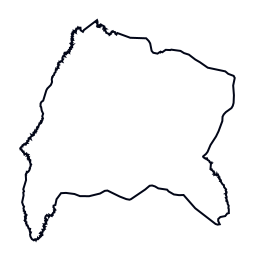 Pla Pak, Nakhon Phanom, Thailand, rotated 178°
{"feature_id": "78962969B9845696572141", "entity_name": "Pla Pak", "entity_type": "district", "adm_level": 2, "iso_a3": "THA", "parent_name": "Thailand", "parent_adm1": "Nakhon Phanom", "projection": "robinson", "projection_center": [104.578, 17.203], "detail": "fine", "context": "isolated", "style": "outline", "palette": "ink", "viewbox_px": 256, "rotation_deg": 178, "n_neighbors": 0, "source": "geoboundaries", "source_scale": "gbopen_adm2", "svg_char_len": 5814}
<svg xmlns="http://www.w3.org/2000/svg" viewBox="0 0 256 256"><g transform="rotate(178 128 128)"><path d="M32.1,63.2L34.0,65.5L34.2,67.6L35.3,68.2L37.0,71.0L37.0,71.9L37.7,71.9L37.3,72.8L38.0,73.3L38.1,74.3L38.7,74.4L38.5,75.6L39.2,75.7L38.9,76.2L39.7,78.2L40.5,77.7L40.8,78.7L41.1,77.8L42.7,78.4L43.3,78.2L43.1,79.4L43.6,79.4L43.2,79.8L43.8,81.5L44.3,81.4L45.3,82.9L46.1,83.2L46.0,83.9L47.0,84.1L46.4,89.2L45.7,89.8L46.2,89.9L45.9,90.6L47.5,90.9L48.0,92.3L49.8,93.5L50.0,94.7L51.0,94.4L51.3,95.1L52.2,95.0L53.7,96.2L53.9,97.0L50.9,99.4L49.3,101.4L46.1,108.2L40.3,116.5L37.6,121.6L33.5,131.6L33.1,136.0L31.8,138.3L29.6,140.5L23.9,144.3L22.5,146.5L21.6,149.4L21.0,157.0L21.4,166.8L19.6,174.3L20.6,176.4L25.9,178.6L28.8,181.2L46.2,185.5L53.8,191.2L58.4,194.1L64.6,199.2L69.4,200.9L72.8,203.2L82.1,204.8L82.9,204.4L87.6,204.8L91.1,202.5L92.7,203.1L93.1,202.4L93.7,202.7L95.9,201.3L100.1,202.3L101.7,204.3L102.9,211.8L104.2,214.2L106.7,217.0L122.6,218.1L135.4,223.3L136.3,221.8L137.4,222.7L137.7,224.3L139.6,224.7L139.8,225.3L140.9,224.9L140.7,224.2L142.6,223.0L142.1,222.5L143.0,221.9L143.0,222.5L144.0,222.4L144.4,223.0L146.4,223.9L146.4,224.5L147.2,225.6L147.2,226.7L148.4,226.5L148.3,227.4L147.6,227.6L147.8,228.2L147.1,228.2L147.7,228.6L148.0,229.8L148.8,229.2L148.5,230.2L149.1,230.9L150.6,231.7L151.7,231.6L151.4,232.3L151.7,232.5L152.6,231.9L152.2,231.0L153.6,231.3L153.1,229.9L155.0,230.2L155.4,230.9L154.4,232.0L155.2,233.2L154.8,234.0L155.9,234.6L154.8,235.7L155.2,236.9L168.7,227.4L169.7,225.7L171.9,227.3L172.0,229.9L173.3,230.0L173.8,229.0L174.4,229.1L174.2,229.5L174.6,230.2L175.7,228.6L176.1,228.8L176.5,227.0L176.8,227.5L177.1,226.7L178.4,227.0L177.6,225.5L179.1,226.3L179.2,225.7L179.4,226.0L180.2,225.5L180.0,224.5L180.6,224.1L180.0,223.6L180.5,223.2L180.0,222.8L180.6,222.0L180.1,221.4L181.0,221.1L180.6,220.3L181.0,219.9L180.3,219.3L180.9,219.0L180.3,218.5L181.1,218.0L180.6,217.7L181.1,217.6L181.2,216.6L180.6,215.5L182.5,214.5L181.8,213.5L181.2,213.5L181.3,212.7L180.5,212.9L181.1,212.3L181.0,211.0L181.7,211.2L181.7,210.6L182.3,210.8L182.5,210.3L183.2,210.2L183.2,209.4L182.5,209.4L182.3,208.9L184.1,208.3L183.4,207.0L183.8,206.2L184.6,206.4L184.4,205.5L185.6,206.3L186.0,204.9L186.8,204.9L186.7,205.7L187.3,205.6L187.4,204.3L188.8,205.2L189.1,204.4L188.4,203.9L189.3,202.6L188.8,201.8L190.2,202.2L191.0,200.8L191.2,199.3L190.5,199.0L191.8,197.1L191.6,196.7L192.6,197.1L193.8,196.1L194.2,196.4L194.3,195.4L194.5,196.0L195.6,195.2L195.2,194.2L195.5,193.9L194.9,193.5L195.6,193.2L195.5,192.1L196.1,191.7L195.5,190.5L196.5,190.4L197.0,189.3L197.6,189.6L197.5,188.8L198.1,188.8L198.5,186.3L199.7,185.3L200.0,183.7L201.2,182.8L201.6,181.5L202.0,181.5L202.5,179.2L202.3,176.7L202.8,175.4L203.6,173.7L207.2,170.3L208.3,168.5L211.8,158.3L213.5,157.2L214.5,155.6L214.7,152.6L214.1,152.0L213.6,148.4L212.3,145.2L213.3,142.7L212.7,140.6L213.4,140.2L213.1,139.2L214.3,138.2L213.9,137.4L214.4,136.5L215.0,137.3L215.7,135.5L216.3,135.7L217.4,132.7L218.3,132.4L217.9,131.6L218.9,131.3L218.7,130.1L219.7,129.7L219.7,128.0L220.8,127.7L220.6,127.0L221.2,127.1L221.5,126.5L221.6,127.2L222.0,126.3L222.3,126.9L222.7,126.7L222.8,126.2L222.2,125.7L222.4,124.3L223.6,124.3L223.7,123.8L224.7,124.4L224.4,123.5L226.1,121.8L225.8,120.8L226.7,121.5L227.1,120.8L227.4,121.2L227.0,121.5L227.7,121.2L227.9,119.5L228.6,119.6L227.9,119.1L228.0,118.5L229.2,118.4L229.1,117.5L229.7,116.9L229.3,116.5L230.4,116.4L230.7,115.0L231.8,115.0L232.3,115.6L233.5,114.4L233.7,115.3L234.1,113.2L234.8,113.3L236.4,111.5L236.1,110.3L235.1,110.3L234.6,108.7L233.3,108.2L233.6,107.5L233.0,107.2L232.4,105.1L230.4,106.1L230.0,105.1L229.2,104.9L229.8,104.0L229.1,104.1L229.5,103.6L228.8,103.1L229.1,101.7L228.5,101.9L228.7,101.5L228.2,101.3L228.6,100.4L227.9,100.5L227.8,99.5L227.2,99.4L227.6,98.7L227.3,97.9L226.9,98.0L227.1,96.8L226.1,94.9L226.7,94.5L226.5,93.6L227.7,91.2L227.4,90.9L228.0,89.4L229.2,87.7L230.6,87.8L230.6,86.7L231.3,86.3L231.8,85.0L231.5,84.6L231.8,84.3L231.7,79.5L234.8,70.4L234.1,68.3L234.9,67.3L234.7,64.3L236.4,57.5L235.5,54.4L234.6,53.0L235.3,51.4L234.9,49.7L235.1,48.8L233.8,48.0L233.8,46.7L234.2,46.5L232.7,44.9L233.2,44.6L232.8,44.1L233.7,43.5L233.4,43.1L234.0,42.7L233.5,42.1L234.0,41.8L234.0,41.2L233.4,40.9L234.4,39.5L233.7,39.2L234.0,38.3L232.8,37.4L233.3,36.0L232.6,35.4L232.6,34.2L231.7,34.0L230.9,31.2L229.3,30.6L229.5,29.9L230.1,30.1L229.7,28.1L229.0,27.4L229.5,26.9L229.4,26.3L229.0,26.4L229.6,25.0L229.3,23.0L228.0,20.4L226.1,19.1L225.4,19.8L225.0,19.5L224.3,19.9L223.9,19.1L223.5,20.0L222.2,20.0L221.9,21.1L221.4,20.4L219.5,22.2L219.7,23.0L218.7,22.9L218.4,23.6L217.3,23.9L217.3,24.4L218.3,24.3L217.8,24.9L218.1,26.0L219.0,25.4L219.6,25.8L218.7,26.7L217.9,26.3L217.1,26.8L216.8,28.0L216.1,28.4L216.7,29.3L215.6,29.3L215.4,30.0L214.7,30.1L215.3,31.3L214.5,32.0L215.5,32.2L215.5,32.8L215.9,33.0L215.2,34.0L214.1,33.6L215.1,34.7L214.2,34.7L213.8,35.8L213.0,35.4L213.1,36.5L213.9,36.7L213.5,36.8L213.8,37.7L213.1,37.5L212.6,38.0L213.8,38.3L213.8,38.9L212.4,39.5L214.0,40.8L213.4,42.6L212.1,43.9L210.7,42.6L210.2,42.8L210.1,42.0L209.3,43.1L209.5,43.9L207.4,42.8L207.2,43.6L206.6,43.3L206.2,43.7L206.6,44.5L205.9,45.7L204.6,46.2L204.9,47.3L204.3,47.7L204.7,48.5L203.6,48.8L205.3,51.4L205.1,53.0L203.3,53.6L201.9,59.3L197.2,65.2L192.3,65.3L183.8,63.9L178.4,61.6L169.2,61.2L158.2,63.5L153.4,66.0L150.7,66.2L138.7,59.8L132.2,57.0L129.0,56.3L127.5,56.8L113.0,65.9L108.4,69.5L105.9,69.7L103.1,68.7L99.8,66.6L91.1,65.0L89.6,63.2L84.5,60.0L79.3,59.1L74.8,59.1L63.6,45.4L43.8,29.0L41.8,28.3L39.7,28.6L41.1,31.9L41.0,33.9L38.8,35.8L33.9,36.6L31.8,39.1L30.2,39.4L30.1,43.6L30.5,44.5L30.1,46.8L31.1,48.8L31.0,50.4L32.0,51.3L31.6,51.8L32.2,52.4L31.8,53.1L32.6,54.8L31.9,55.0L31.8,55.7L32.5,57.7L32.1,59.0L32.6,59.1L32.1,59.4L32.2,60.5L31.8,60.7L32.6,62.2L32.1,63.2Z" fill="none" stroke="#020617" stroke-width="2"/></g></svg>